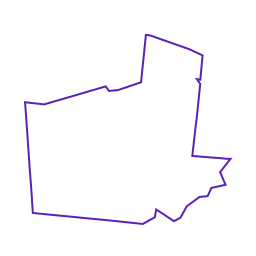 the district of Carroll, Georgia, United States of America, rotated 5°
{"feature_id": "52423323B2096739149856", "entity_name": "Carroll", "entity_type": "district", "adm_level": 2, "iso_a3": "USA", "parent_name": "United States of America", "parent_adm1": "Georgia", "projection": "natural_earth1", "projection_center": [-85.033, 33.619], "detail": "fine", "context": "isolated", "style": "outline", "palette": "violet", "viewbox_px": 256, "rotation_deg": 5, "n_neighbors": 0, "source": "geoboundaries", "source_scale": "gbopen_adm2", "svg_char_len": 646}
<svg xmlns="http://www.w3.org/2000/svg" viewBox="0 0 256 256"><g transform="rotate(5 128 128)"><path d="M23.2,111.3L28.9,146.8L29.3,149.8L32.3,168.5L32.7,171.2L32.7,171.4L36.5,194.3L40.6,221.0L117.9,221.7L151.1,222.3L162.5,214.6L163.2,206.8L167.5,209.0L181.9,216.8L188.1,212.8L193.3,201.0L205.1,190.5L213.3,188.9L216.3,180.4L230.1,176.1L223.6,163.9L232.8,149.8L227.9,150.1L224.5,150.0L202.0,150.2L194.5,150.2L195.3,118.3L195.6,112.8L196.1,77.8L192.4,73.4L195.8,73.6L196.0,49.2L182.7,44.3L142.1,33.9L137.7,33.7L137.5,49.5L137.0,81.3L114.8,91.1L105.8,92.7L102.1,88.5L42.4,111.8L23.2,111.3Z" fill="none" stroke="#5b21b6" stroke-width="2"/></g></svg>